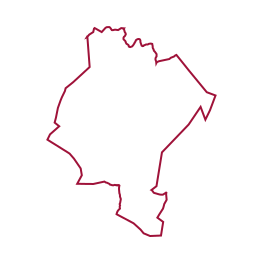 San Agustín Atenango, Oaxaca, Mexico (Albers equal-area conic projection), rotated 26°
{"feature_id": "50627088B1343071024100", "entity_name": "San Agustín Atenango", "entity_type": "district", "adm_level": 2, "iso_a3": "MEX", "parent_name": "Mexico", "parent_adm1": "Oaxaca", "projection": "albers", "projection_center": [-97.996, 17.585], "detail": "fine", "context": "isolated", "style": "outline", "palette": "rose", "viewbox_px": 256, "rotation_deg": 26, "n_neighbors": 0, "source": "geoboundaries", "source_scale": "gbopen_adm2", "svg_char_len": 2623}
<svg xmlns="http://www.w3.org/2000/svg" viewBox="0 0 256 256"><g transform="rotate(26 128 128)"><path d="M193.9,86.3L193.9,76.1L192.4,60.4L183.1,61.3L157.7,49.7L146.3,44.3L140.3,41.5L140.2,41.5L139.5,41.1L138.7,42.0L138.0,43.6L136.9,44.8L135.7,46.1L134.9,47.9L126.7,54.3L126.0,55.0L125.1,56.3L125.0,56.9L125.0,57.3L124.7,56.8L124.2,55.9L123.2,55.0L122.5,54.1L122.2,53.2L122.1,52.5L122.3,51.2L121.3,49.1L120.3,48.5L118.6,47.6L117.4,47.2L116.4,46.0L115.6,45.6L114.9,44.8L114.5,44.0L114.2,43.5L114.0,43.2L113.7,42.9L112.9,41.8L111.9,42.0L111.2,42.3L110.7,42.7L110.2,42.9L109.7,43.4L109.2,44.2L108.6,44.5L108.0,44.8L107.5,45.1L107.0,45.8L106.1,46.7L105.9,47.5L105.0,48.1L104.0,47.9L103.5,47.2L102.8,46.7L102.3,46.1L101.7,45.6L101.4,45.1L101.1,44.6L100.8,44.0L100.2,43.4L99.6,43.1L98.9,43.2L98.3,43.5L97.5,44.1L96.6,45.7L96.8,47.1L96.5,48.4L96.7,49.1L96.5,50.0L96.4,50.8L96.4,51.2L96.1,52.3L95.9,52.9L94.9,53.9L94.5,54.3L94.1,54.4L93.7,54.5L93.0,54.4L92.7,53.8L91.9,53.2L89.6,52.9L88.5,52.1L87.9,51.3L87.1,50.9L85.3,50.3L84.9,50.0L84.4,48.8L84.4,47.8L84.8,47.0L84.9,46.6L84.9,45.4L85.0,45.0L84.7,44.5L84.4,44.0L83.8,43.6L83.3,43.4L82.6,42.7L81.4,41.3L80.5,41.0L80.7,40.2L78.1,41.2L76.5,43.8L76.2,44.3L73.2,45.3L71.5,46.7L70.5,47.1L67.9,45.6L66.9,45.5L64.7,46.7L63.9,47.8L62.3,53.3L56.2,52.9L54.2,52.8L53.9,53.6L54.7,57.0L52.2,61.1L51.7,63.1L51.3,63.4L51.2,64.5L51.6,64.0L66.8,90.0L58.6,110.9L54.5,119.6L55.1,122.4L55.1,129.5L55.2,130.9L55.3,132.6L56.2,140.7L58.7,150.2L59.7,155.3L65.4,156.6L60.7,167.9L60.7,168.3L60.7,173.8L65.0,174.3L69.0,174.7L79.4,175.8L81.3,176.0L81.6,176.0L86.7,176.6L92.8,179.2L103.2,185.1L107.2,190.7L107.2,191.0L106.8,200.4L116.2,196.0L121.4,193.5L130.3,186.5L132.0,186.7L133.1,186.4L135.9,186.4L136.7,186.8L137.7,186.5L138.8,186.4L139.4,186.1L139.7,186.1L141.1,184.9L141.8,184.8L142.1,184.6L142.7,184.6L143.1,184.1L143.7,184.2L144.2,183.6L144.8,183.3L145.5,183.5L145.9,185.0L146.6,186.7L148.9,190.5L149.7,191.2L150.5,192.4L150.8,193.1L152.6,194.9L152.8,195.3L153.8,198.9L153.8,199.9L154.2,200.5L154.8,201.0L154.9,202.0L155.1,202.5L155.8,203.6L156.1,204.0L155.7,205.0L155.4,205.9L155.1,207.6L155.3,209.6L155.5,210.5L174.8,211.2L183.8,213.8L188.2,215.8L195.2,215.4L204.8,210.2L201.3,198.7L200.8,197.0L193.7,195.7L194.0,192.1L194.8,185.1L194.5,183.2L194.2,181.7L193.9,180.4L194.0,179.3L194.2,175.6L191.0,170.3L190.9,168.8L190.9,168.7L190.2,170.0L188.6,172.6L187.0,173.4L185.9,173.8L184.5,174.1L182.7,174.4L181.0,174.7L180.1,174.9L179.3,174.8L178.1,174.1L176.5,173.4L176.3,173.4L179.1,167.8L169.2,135.0L181.0,98.3L184.0,77.2L193.9,86.6L193.9,86.3Z" fill="none" stroke="#9f1239" stroke-width="2"/></g></svg>